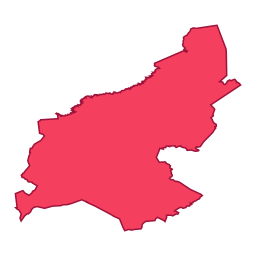 outline of Zentenes pag., Tukums, Latvia
{"feature_id": "27541924B96888241356563", "entity_name": "Zentenes pag.", "entity_type": "district", "adm_level": 2, "iso_a3": "LVA", "parent_name": "Latvia", "parent_adm1": "Tukums", "projection": "equal_earth", "projection_center": [23.028, 57.169], "detail": "fine", "context": "isolated", "style": "filled", "palette": "rose", "viewbox_px": 256, "rotation_deg": 0, "n_neighbors": 0, "source": "geoboundaries", "source_scale": "gbopen_adm2", "svg_char_len": 5730}
<svg xmlns="http://www.w3.org/2000/svg" viewBox="0 0 256 256"><path d="M217.0,25.3L196.2,28.4L193.3,27.9L190.7,29.1L190.1,31.3L188.1,33.4L187.2,35.0L184.2,36.7L183.4,37.6L183.5,38.4L183.9,39.1L183.8,39.7L183.2,40.6L183.2,43.7L182.6,44.3L182.8,45.4L183.2,46.3L185.3,48.1L185.1,48.6L184.0,49.2L183.9,49.5L184.8,49.8L185.9,50.6L187.2,50.8L187.0,51.8L186.3,52.1L186.1,51.6L184.7,51.4L183.8,50.7L154.5,63.3L154.7,64.3L154.4,65.4L154.9,66.2L158.4,67.3L159.5,68.3L157.2,68.7L155.5,69.6L154.9,70.8L154.9,71.1L155.5,71.4L155.4,71.7L154.4,72.3L153.2,72.3L153.9,72.8L151.6,73.7L151.9,74.6L151.7,75.2L152.2,75.4L150.5,75.8L151.8,76.2L151.1,76.7L150.4,76.7L150.4,76.3L149.9,76.4L150.2,77.5L148.9,77.8L148.8,77.7L149.0,77.4L148.2,77.2L147.6,77.8L146.6,77.3L145.7,77.3L146.6,79.2L146.2,79.5L145.3,79.4L144.9,80.5L145.1,81.2L144.8,81.4L143.9,81.1L142.3,81.4L142.9,81.8L142.7,82.1L143.4,82.2L143.2,82.9L143.5,83.1L143.3,83.3L142.5,83.2L141.8,83.8L141.4,83.2L140.8,84.0L139.3,83.6L140.1,84.6L140.0,84.9L139.1,84.2L138.2,84.0L137.9,84.1L138.3,84.4L137.5,84.7L137.3,85.3L136.9,85.5L135.3,85.2L134.3,86.2L133.6,85.6L132.7,86.6L131.7,86.6L132.6,86.9L132.4,87.2L130.6,87.3L130.5,87.5L130.8,88.5L130.0,88.7L129.8,89.4L129.3,89.2L128.9,88.1L128.4,88.1L128.0,88.6L126.7,88.8L127.1,89.0L124.4,90.0L124.4,90.3L123.4,90.7L122.5,90.5L121.5,90.8L120.5,92.1L120.6,92.6L120.4,92.6L120.2,92.1L118.7,92.3L117.6,93.1L115.8,92.8L115.6,92.3L115.2,92.2L113.8,92.1L113.7,92.4L114.0,92.7L113.7,93.1L112.5,93.0L113.3,93.3L113.4,93.9L113.1,94.2L112.4,94.2L112.2,93.9L110.8,94.0L110.1,93.1L109.7,93.0L109.3,93.0L108.9,93.7L105.8,93.0L104.7,94.4L103.4,93.9L102.8,94.4L101.9,94.3L101.4,94.6L99.8,94.4L99.6,94.8L97.8,95.6L97.7,94.8L97.0,95.1L97.0,95.6L96.4,95.4L96.7,94.8L94.7,94.6L94.3,94.7L94.2,95.3L93.1,96.3L92.1,96.4L91.3,96.0L91.4,96.8L92.1,97.2L92.1,97.6L90.3,97.4L89.0,96.1L87.0,96.1L85.6,96.7L86.0,97.9L84.6,97.5L84.3,98.2L83.7,98.2L83.2,98.9L82.3,99.0L82.6,99.5L82.5,99.9L81.0,100.0L81.3,100.9L81.0,101.2L80.5,101.0L80.4,101.6L81.2,101.8L81.0,102.2L81.3,102.5L82.4,102.1L82.2,102.5L82.5,103.1L81.0,103.2L81.0,103.9L80.5,104.2L81.0,104.8L80.1,105.3L78.0,104.7L78.0,105.1L77.5,105.4L77.8,106.0L76.9,105.5L76.0,105.9L76.7,106.2L76.2,106.5L74.6,106.2L74.4,106.5L75.1,106.8L74.6,107.4L73.2,107.1L74.1,107.5L74.2,107.8L73.3,107.7L73.5,108.0L72.5,108.1L73.0,109.0L72.1,108.6L71.5,108.8L72.7,109.6L71.8,110.4L72.5,110.5L72.5,111.4L73.0,111.3L73.0,110.9L73.3,110.8L74.1,110.8L74.5,111.0L74.4,111.5L75.7,111.9L75.5,112.1L74.2,112.1L74.2,112.6L73.3,112.9L71.7,112.8L71.4,113.0L71.8,113.5L71.5,113.9L71.2,113.7L71.4,113.4L70.8,113.1L70.9,113.5L69.2,114.5L67.9,114.4L67.6,115.3L66.8,115.4L65.4,115.0L65.3,115.5L64.9,115.9L63.7,115.9L62.0,115.3L61.7,116.2L61.0,116.3L60.8,116.2L61.0,115.9L60.8,115.9L60.0,114.7L58.9,114.7L59.0,114.3L58.6,113.6L57.5,114.0L57.1,113.9L57.5,113.7L56.6,113.1L56.0,113.6L56.8,114.2L57.4,114.2L58.1,118.7L40.6,119.8L40.2,120.6L38.1,121.7L39.6,133.3L43.0,134.3L44.4,136.0L40.8,140.5L34.4,144.2L32.3,147.4L31.8,148.6L30.3,148.4L29.6,152.3L30.3,152.5L28.8,156.5L27.8,160.8L29.6,165.8L24.2,172.2L23.8,173.2L22.9,173.3L22.7,174.0L21.6,174.7L21.8,175.1L21.4,175.5L22.0,176.3L21.8,176.8L22.1,177.4L23.7,177.6L25.3,179.2L26.8,179.5L27.7,180.6L27.5,180.8L28.1,181.7L29.1,182.0L31.9,182.0L32.3,183.0L33.8,183.7L34.4,184.3L35.6,184.8L37.2,185.9L34.8,190.3L32.7,191.2L31.9,192.9L29.1,195.3L25.1,193.2L22.9,190.6L15.4,193.6L17.1,207.6L15.7,207.7L17.2,209.2L19.0,210.1L21.2,213.8L20.0,218.1L21.1,221.0L24.5,216.1L27.1,213.8L28.3,213.9L30.6,211.8L31.6,209.5L33.5,207.6L35.1,207.0L37.2,206.6L44.7,208.3L52.5,206.1L60.5,205.7L63.1,204.8L67.8,204.6L69.2,203.9L69.6,204.1L81.8,199.8L87.1,202.1L87.3,202.2L87.0,202.4L94.9,206.0L111.5,214.8L113.6,216.2L119.6,218.9L122.7,226.7L124.7,230.7L128.8,229.4L131.5,230.1L134.2,229.5L141.1,228.8L141.8,227.6L142.2,224.6L143.3,223.2L145.7,221.4L154.9,220.6L155.6,218.9L157.4,217.3L164.0,220.6L165.0,221.6L166.7,217.2L166.5,215.3L171.0,215.2L172.7,215.9L175.9,214.1L178.0,214.0L178.6,212.6L175.9,211.3L175.7,210.9L174.8,210.9L175.7,210.0L179.8,207.6L181.4,207.4L183.0,208.3L185.9,207.5L186.8,206.0L189.4,206.1L190.0,205.4L190.0,204.8L191.5,204.5L190.3,203.2L192.7,203.0L193.1,202.5L193.2,201.8L196.4,200.5L197.7,199.4L198.6,199.3L199.7,198.5L200.1,197.2L202.3,195.6L201.1,194.4L190.1,189.3L179.5,182.2L177.4,181.6L177.2,181.3L175.4,181.4L173.0,179.7L170.3,179.5L169.9,178.2L169.6,178.1L170.2,177.4L171.8,176.5L172.3,175.6L172.2,174.9L171.2,173.5L171.5,172.7L170.8,171.6L171.0,171.1L170.6,170.3L171.2,169.8L172.2,169.6L172.3,169.2L170.1,168.1L169.9,167.2L170.4,165.8L169.6,165.3L169.3,164.6L166.1,163.4L166.1,162.8L165.3,161.9L159.2,162.2L156.5,157.7L156.3,157.6L159.4,149.8L159.8,148.3L163.2,149.1L162.6,148.0L164.9,147.4L165.1,147.7L165.8,147.5L166.1,146.5L166.9,145.9L168.1,146.1L168.3,146.4L168.8,146.1L169.9,146.7L170.5,146.1L171.5,145.9L175.1,145.9L175.1,146.6L176.1,147.5L177.4,147.0L177.7,146.5L180.6,145.9L180.5,146.4L181.1,146.8L182.0,146.9L182.4,147.4L185.9,148.0L186.2,149.0L187.4,149.9L187.2,150.3L187.6,150.4L191.0,150.0L195.5,151.3L198.5,150.8L198.8,150.5L198.6,149.9L197.4,149.6L195.4,148.1L196.5,146.7L197.4,147.2L200.2,146.6L203.6,141.8L212.7,132.5L214.8,129.1L215.6,128.5L214.9,126.8L216.0,126.8L216.2,126.5L216.3,124.5L214.3,123.2L212.9,121.6L212.3,119.7L211.0,117.7L213.4,115.8L213.0,114.1L214.7,109.4L214.3,108.6L210.7,104.9L240.6,85.0L239.7,84.2L239.6,83.5L238.9,83.3L238.2,82.6L236.6,82.6L236.8,81.6L235.9,81.1L235.8,80.4L234.7,79.3L232.6,80.0L231.5,80.7L230.2,80.1L229.2,80.1L229.0,80.6L227.5,81.1L227.5,81.6L227.0,82.0L225.5,84.3L225.1,84.5L223.3,83.9L223.1,82.8L222.7,82.1L221.9,81.8L220.9,81.9L219.6,81.7L226.7,75.5L226.3,52.5L226.0,48.9L217.0,25.3Z" fill="#f43f5e" stroke="#9f1239" stroke-width="1.5"/></svg>